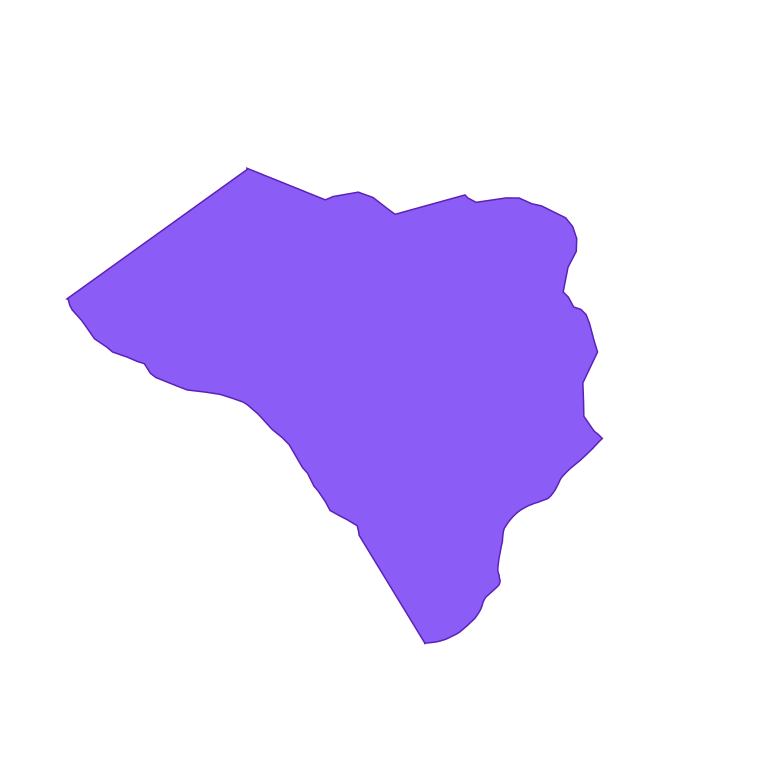 Fond Sabot, Vieux Fort, Saint Lucia (Equal Earth projection), rotated 242°
{"feature_id": "8701671B44376877134949", "entity_name": "Fond Sabot", "entity_type": "district", "adm_level": 2, "iso_a3": "LCA", "parent_name": "Saint Lucia", "parent_adm1": "Vieux Fort", "projection": "equal_earth", "projection_center": [-60.957, 13.777], "detail": "fine", "context": "isolated", "style": "filled", "palette": "violet", "viewbox_px": 768, "rotation_deg": 242, "n_neighbors": 0, "source": "geoboundaries", "source_scale": "gbopen_adm2", "svg_char_len": 2367}
<svg xmlns="http://www.w3.org/2000/svg" viewBox="0 0 768 768"><g transform="rotate(242 384 384)"><path d="M233.4,551.2L239.1,549.4L243.7,547.4L261.7,545.3L267.2,548.1L274.3,551.7L285.6,557.2L291.6,560.1L305.7,579.1L312.0,587.6L314.1,588.0L323.0,589.7L341.0,593.9L350.4,595.0L356.1,593.3L357.5,592.8L363.0,587.6L374.0,587.6L374.7,587.4L381.1,585.4L400.7,601.3L410.9,616.1L420.5,621.6L421.9,622.4L434.4,624.5L445.4,622.4L458.5,613.0L467.4,606.6L473.7,599.2L484.7,590.7L491.0,579.1L496.2,564.5L501.2,550.6L508.3,545.8L509.0,545.3L510.2,545.0L512.9,544.3L524.4,492.6L528.6,473.5L532.7,471.5L537.3,469.3L553.8,461.9L560.1,456.2L565.5,451.3L573.4,427.1L573.8,422.3L574.2,418.6L637.7,365.2L638.2,364.8L638.8,364.3L637.7,363.9L620.0,232.8L608.0,144.0L607.2,144.9L600.9,143.5L595.7,143.5L582.4,146.8L575.8,147.7L559.8,149.6L546.6,156.6L539.6,159.4L528.5,169.7L519.8,176.7L514.5,181.9L503.0,182.8L496.8,185.6L479.0,200.6L471.0,207.6L460.9,222.2L451.9,234.3L442.8,243.2L434.1,251.2L429.9,253.6L416.7,258.7L396.5,263.9L384.3,269.0L374.9,271.8L348.4,272.8L341.1,274.6L326.8,274.2L320.6,275.6L307.3,277.0L297.6,277.0L288.2,283.1L281.6,287.7L271.5,293.8L265.9,292.4L262.1,291.0L136.3,298.4L135.7,298.2L135.6,299.3L134.2,302.6L132.9,306.0L132.0,308.4L131.5,309.9L130.7,312.8L129.8,317.7L129.5,320.1L129.4,322.9L129.3,326.8L129.2,329.2L129.2,331.4L129.5,334.6L130.6,339.7L131.7,344.5L132.8,348.3L133.6,351.5L134.5,354.4L136.1,357.6L137.9,360.9L139.7,363.6L141.5,365.8L143.4,367.6L145.2,369.4L147.0,372.1L147.9,373.5L148.7,376.6L149.6,380.3L150.6,384.1L151.5,387.9L152.4,390.8L153.1,391.8L154.7,393.4L156.0,394.3L158.5,394.8L161.2,395.9L163.1,396.2L165.0,396.6L167.4,397.7L170.4,399.7L174.5,402.6L176.6,404.1L179.3,406.3L182.3,408.7L186.0,411.7L189.2,414.5L192.1,416.3L196.0,418.9L198.1,420.5L200.1,422.5L202.4,426.6L203.1,427.9L204.1,430.0L205.6,433.6L206.4,435.8L207.5,439.5L208.1,442.5L208.6,445.8L208.7,449.4L208.8,452.0L208.7,455.0L208.3,457.7L208.1,460.6L207.4,463.6L206.6,470.0L206.0,473.9L206.2,476.1L207.0,478.9L208.0,481.2L209.0,483.3L210.1,485.3L211.9,488.0L213.4,490.1L215.1,492.5L216.6,494.4L217.7,496.2L218.5,497.8L219.3,500.0L220.4,503.4L221.5,507.2L222.2,510.1L222.8,512.9L223.1,514.4L223.7,517.5L224.5,521.5L225.5,525.2L227.1,531.2L229.2,538.3L230.3,541.3L230.9,543.3L232.1,546.7L232.7,548.7L233.4,551.2Z" fill="#8b5cf6" stroke="#5b21b6" stroke-width="1.5"/></g></svg>